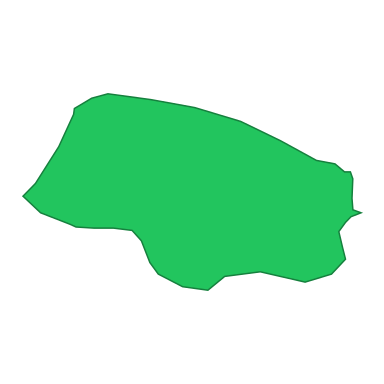 SVG path tracing the border of Vrapcište
{"feature_id": "MKD-2959", "entity_name": "Vrapcište", "entity_type": "Statistical Region", "adm_level": 1, "iso_a3": "MKD", "parent_name": "North Macedonia", "parent_adm1": "", "projection": "robinson", "projection_center": [20.847, 41.862], "detail": "fine", "context": "isolated", "style": "filled", "palette": "green", "viewbox_px": 384, "rotation_deg": 0, "n_neighbors": 0, "source": "natural_earth", "source_scale": "10m", "svg_char_len": 598}
<svg xmlns="http://www.w3.org/2000/svg" viewBox="0 0 384 384"><path d="M23.0,196.2L35.5,183.4L58.8,146.6L73.6,114.4L74.4,108.5L91.7,98.2L107.9,93.8L150.8,99.6L194.8,107.6L240.6,121.4L280.8,140.9L316.4,160.4L335.0,163.9L344.5,171.9L350.4,171.9L352.8,178.8L352.0,198.3L352.9,209.8L361.0,212.8L351.0,216.7L345.5,222.4L338.8,231.6L342.6,247.7L345.5,259.2L331.5,274.1L305.1,282.1L260.3,271.8L224.7,276.4L207.9,290.2L182.6,286.7L158.3,274.1L149.9,262.6L141.4,240.8L132.1,230.4L113.3,228.1L93.8,228.1L76.0,227.0L70.1,224.3L40.6,212.8L23.0,196.2Z" fill="#22c55e" stroke="#15803d" stroke-width="1.5"/></svg>